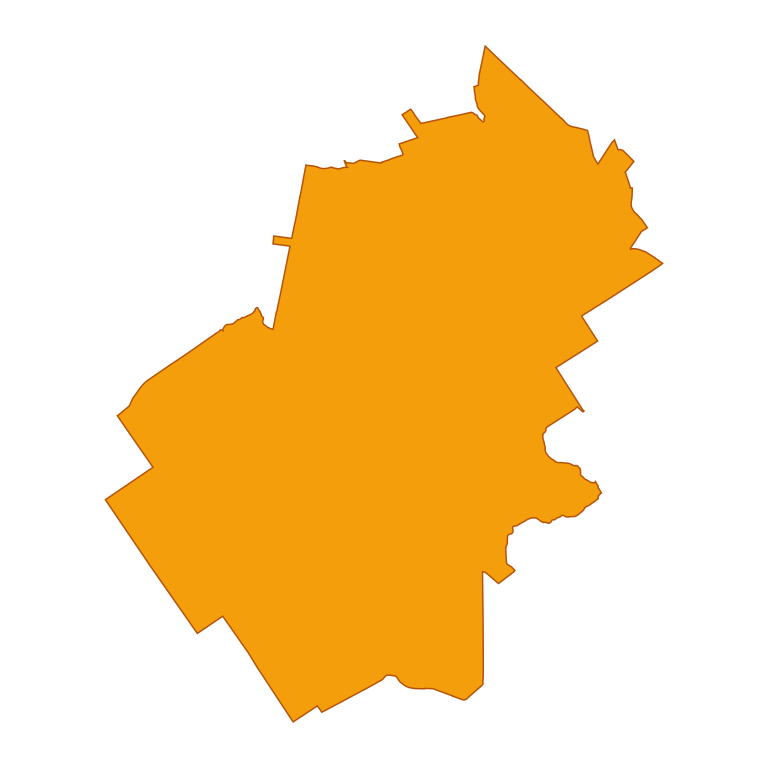 Draganesti-Vlasca, Teleorman, Romania (Albers equal-area conic projection)
{"feature_id": "2599482B67240297186090", "entity_name": "Draganesti-Vlasca", "entity_type": "district", "adm_level": 2, "iso_a3": "ROU", "parent_name": "Romania", "parent_adm1": "Teleorman", "projection": "albers", "projection_center": [25.585, 44.073], "detail": "fine", "context": "isolated", "style": "filled", "palette": "amber", "viewbox_px": 768, "rotation_deg": 0, "n_neighbors": 0, "source": "geoboundaries", "source_scale": "gbopen_adm2", "svg_char_len": 6108}
<svg xmlns="http://www.w3.org/2000/svg" viewBox="0 0 768 768"><path d="M464.3,700.0L465.1,699.6L466.3,699.3L468.9,696.8L480.4,686.8L482.9,684.3L482.9,681.5L483.2,676.9L483.3,667.0L483.1,622.3L482.5,571.9L485.3,572.3L498.5,583.5L513.8,571.8L514.9,570.4L512.3,567.7L511.5,566.8L509.2,565.6L507.6,564.4L506.6,563.3L506.4,561.2L505.9,553.2L505.8,551.5L505.9,546.9L506.8,544.9L507.3,543.6L507.4,541.9L507.3,540.5L507.5,536.6L508.1,535.0L509.7,534.1L511.5,533.7L512.5,532.9L513.0,531.9L512.7,528.2L512.9,526.7L514.1,526.0L516.2,526.0L517.0,525.7L520.6,523.4L523.8,521.7L527.3,519.5L530.2,518.3L532.1,517.9L534.4,517.9L535.9,518.0L537.2,518.7L540.5,520.9L543.1,522.5L544.0,522.2L545.2,522.3L546.4,522.6L547.2,522.9L548.7,523.3L550.1,522.7L551.0,521.9L551.5,520.9L552.1,520.1L553.1,519.7L554.1,519.8L554.9,519.6L556.6,518.2L557.3,517.8L559.5,517.2L560.1,516.9L561.2,515.9L562.0,515.4L562.9,515.3L563.8,515.6L566.1,516.9L566.8,517.0L569.5,516.9L570.2,516.6L573.8,516.6L575.2,516.4L576.5,515.8L578.3,514.5L582.2,511.4L583.1,510.6L583.8,509.7L584.9,507.5L587.8,506.0L590.0,504.7L595.6,500.7L598.1,498.8L598.3,496.7L598.6,495.9L599.0,495.2L599.9,494.2L601.0,493.1L601.4,493.0L600.0,490.5L599.7,490.2L599.0,488.8L598.3,488.3L598.1,487.2L598.1,486.5L598.2,486.1L595.3,481.4L595.2,481.5L595.2,482.2L594.9,482.6L594.3,482.7L592.1,482.7L590.2,482.1L586.3,479.7L585.1,479.3L582.6,476.7L581.3,475.7L580.9,475.4L580.7,474.9L580.4,474.1L580.6,473.4L580.5,470.7L580.5,470.1L580.2,469.1L579.9,468.5L579.2,467.6L577.3,465.8L576.4,465.6L575.0,465.7L573.8,465.6L573.1,465.4L571.6,464.5L570.2,463.9L568.6,463.3L566.6,463.1L565.0,463.1L562.2,462.6L559.5,462.6L557.6,462.5L556.9,462.3L556.2,462.0L552.9,459.7L551.2,458.7L549.5,457.4L548.3,456.0L546.4,453.5L545.6,452.0L545.2,450.0L545.1,446.9L544.6,445.0L544.5,444.5L543.8,441.4L543.2,439.6L542.9,437.9L542.9,437.3L542.7,436.5L542.9,435.7L542.9,434.9L543.3,433.8L543.8,433.1L544.5,432.6L545.0,432.1L545.7,431.0L546.0,430.1L545.9,428.4L546.2,427.6L548.7,425.9L565.9,414.9L566.8,414.3L574.8,409.2L576.6,407.3L577.1,406.9L578.0,407.6L582.9,411.9L583.5,411.5L584.0,410.9L582.6,409.7L555.9,367.6L597.6,341.1L582.6,317.7L581.7,315.9L607.8,299.5L649.4,272.6L661.0,264.7L662.6,263.4L653.5,256.9L645.8,252.0L642.4,250.7L639.2,249.6L636.7,249.0L633.8,248.6L631.9,248.8L630.5,249.2L630.5,248.0L635.2,241.1L641.4,231.5L647.4,227.8L641.9,219.8L636.9,214.4L635.5,213.2L634.5,212.3L633.7,211.2L632.9,209.9L631.8,207.7L631.4,206.6L631.1,204.3L631.1,203.4L631.9,197.8L632.1,195.4L632.2,192.9L632.2,191.0L632.3,188.0L630.2,187.9L630.3,187.3L625.4,172.4L625.2,172.3L633.9,161.4L623.0,150.5L621.1,149.7L617.9,149.5L614.5,139.8L611.7,142.8L597.9,164.1L593.6,156.9L589.9,141.0L588.7,135.0L587.5,130.5L582.7,129.1L577.0,127.7L571.5,126.5L569.6,125.8L568.4,125.2L566.5,123.6L563.0,119.7L560.0,117.1L559.4,116.4L559.3,116.5L551.6,109.1L542.3,100.3L535.7,94.2L528.0,86.9L520.9,79.8L520.7,80.0L520.5,79.8L495.3,55.9L485.2,46.1L479.1,75.3L479.1,76.6L479.0,77.8L478.9,79.0L478.5,81.0L478.4,82.7L478.3,84.4L478.4,85.2L475.7,86.3L474.0,86.6L474.1,87.4L474.4,89.6L474.4,91.6L475.0,93.9L475.1,94.4L475.3,96.3L475.4,99.1L475.7,100.2L475.9,100.7L477.0,104.0L477.2,105.8L477.4,106.4L478.1,107.9L480.3,110.9L483.2,113.8L484.1,114.9L484.8,116.0L484.8,116.4L484.7,117.1L483.9,119.1L483.9,119.6L484.2,120.6L484.2,120.9L483.8,121.5L483.3,121.8L483.0,121.9L478.8,118.3L477.9,116.9L476.9,115.0L475.2,114.5L473.6,113.3L472.4,112.6L471.2,112.3L459.4,115.0L447.5,117.4L447.5,117.7L433.1,120.8L425.1,122.6L420.9,123.4L416.5,117.5L415.3,115.9L413.6,113.0L410.8,109.3L409.9,109.6L406.8,111.8L402.1,114.7L417.7,137.7L399.2,143.9L400.1,147.4L401.5,149.9L402.9,154.1L403.0,154.8L402.7,155.1L401.3,155.4L399.9,156.1L398.5,156.3L397.8,156.5L395.9,157.2L394.0,157.8L389.4,159.6L385.1,161.1L382.1,162.0L381.6,162.3L381.5,162.5L381.5,163.1L360.5,160.2L360.0,160.3L359.0,160.6L354.9,162.8L353.5,163.4L352.9,163.4L350.5,163.0L346.6,162.8L346.1,162.4L345.6,162.0L344.8,160.7L344.3,160.8L345.2,163.4L345.8,164.8L346.4,166.1L347.3,167.3L345.2,167.3L344.4,167.4L342.5,167.9L341.5,168.1L340.4,168.5L338.3,168.9L332.5,167.7L332.2,167.2L331.4,167.4L330.7,167.3L330.2,167.3L329.6,167.5L328.6,168.0L327.8,168.2L326.9,168.2L326.3,168.4L325.2,168.4L324.3,168.6L323.1,168.6L320.5,168.2L318.2,167.4L317.8,167.0L317.4,166.9L315.6,166.5L311.9,165.8L309.0,165.6L307.0,165.3L306.0,165.0L304.2,174.3L301.4,189.6L300.7,193.3L299.8,196.9L299.3,199.9L295.6,219.9L294.5,224.6L291.7,238.4L273.8,236.0L273.0,243.9L286.8,245.7L290.0,246.2L279.5,298.5L277.5,307.7L277.2,310.1L276.9,311.1L276.4,311.9L276.3,312.3L274.3,322.7L273.3,327.9L272.9,329.3L271.4,328.8L270.2,328.6L269.2,327.9L267.9,327.5L266.6,326.4L264.1,324.6L263.2,323.7L263.0,323.4L262.9,322.5L262.5,321.8L262.5,321.6L263.4,319.1L263.4,317.6L263.3,317.4L262.3,316.7L261.4,315.5L261.3,314.8L261.0,314.5L261.0,313.9L260.8,313.5L260.7,313.0L260.4,312.5L260.0,311.7L259.8,311.5L259.6,310.8L259.1,310.2L258.2,308.9L257.9,308.2L257.4,307.7L256.7,307.6L255.9,308.2L255.4,308.9L255.0,309.9L255.0,310.6L254.9,311.0L254.0,311.6L252.7,313.1L252.0,313.7L251.0,314.3L246.1,316.5L244.2,317.6L242.7,317.5L242.1,317.5L240.5,318.9L238.8,319.7L238.6,319.8L238.2,319.7L237.7,319.8L236.7,320.8L235.4,321.7L233.9,323.3L233.3,323.7L231.7,324.1L230.6,324.3L228.6,324.5L227.3,324.4L226.7,324.6L225.0,325.9L223.7,327.7L223.3,328.4L222.9,329.3L222.8,329.8L223.0,330.6L222.1,330.1L221.4,329.9L220.5,330.0L219.9,330.3L219.5,330.7L219.3,331.3L218.8,331.8L216.4,333.1L190.2,351.4L182.5,356.7L171.6,363.9L156.7,374.1L147.2,380.7L144.7,382.8L140.8,387.1L132.9,398.1L129.2,406.1L118.3,415.1L117.3,415.7L153.0,467.3L105.4,499.7L150.1,565.7L197.3,633.4L222.7,616.2L248.0,652.3L257.5,667.8L293.1,721.9L317.4,705.9L321.8,712.2L322.9,711.7L369.7,686.7L382.4,679.6L385.6,675.9L386.4,675.4L387.4,675.2L388.6,675.1L390.1,675.2L390.7,675.4L394.7,675.9L395.9,676.3L396.4,676.6L396.8,677.1L398.3,679.7L398.9,680.5L399.8,681.7L403.4,684.6L405.3,685.8L408.3,687.3L409.7,687.7L415.1,688.6L424.8,688.8L424.8,688.4L432.9,688.7L452.8,696.0L452.7,696.2L457.7,697.9L461.2,699.3L463.8,700.0L464.3,700.0Z" fill="#f59e0b" stroke="#b45309" stroke-width="1.5"/></svg>